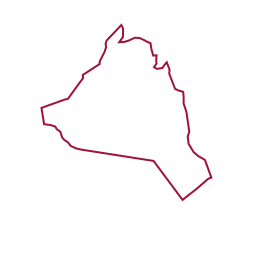 Santana do Seridó, Rio Grande do Norte, Brazil (Albers equal-area conic projection), rotated 327°
{"feature_id": "56859067B92813660171839", "entity_name": "Santana do Seridó", "entity_type": "district", "adm_level": 2, "iso_a3": "BRA", "parent_name": "Brazil", "parent_adm1": "Rio Grande do Norte", "projection": "albers", "projection_center": [-36.752, -6.743], "detail": "fine", "context": "isolated", "style": "outline", "palette": "rose", "viewbox_px": 256, "rotation_deg": 327, "n_neighbors": 0, "source": "geoboundaries", "source_scale": "gbopen_adm2", "svg_char_len": 930}
<svg xmlns="http://www.w3.org/2000/svg" viewBox="0 0 256 256"><g transform="rotate(327 128 128)"><path d="M175.1,196.8L174.0,194.3L171.6,189.7L169.9,184.0L170.2,174.3L173.4,167.7L177.4,164.5L185.8,146.2L188.0,137.7L191.3,132.7L194.0,127.7L190.9,124.2L188.8,120.8L189.6,117.0L192.2,104.8L194.6,101.8L196.3,94.0L192.8,95.0L189.5,96.4L184.6,94.3L182.9,91.2L187.1,89.4L188.3,86.9L191.5,82.6L188.6,81.0L190.3,75.4L193.1,68.9L191.2,66.7L189.9,63.9L186.8,58.9L182.9,56.0L176.3,55.1L172.1,53.9L167.4,51.3L173.4,48.9L178.1,41.8L178.5,38.0L157.7,43.0L155.3,44.9L153.5,48.4L149.8,51.4L140.6,56.7L139.0,58.9L119.0,58.9L117.4,61.8L112.5,63.5L93.3,70.9L90.6,69.7L66.4,64.0L59.7,79.1L64.6,83.3L67.8,87.2L67.6,90.2L69.2,94.2L67.6,100.1L68.1,103.4L69.8,107.2L70.3,112.1L73.5,117.0L77.4,121.0L116.2,155.8L131.5,169.5L134.6,218.0L142.7,217.2L151.5,216.5L167.6,214.3L170.9,215.0L175.1,196.8Z" fill="none" stroke="#9f1239" stroke-width="2"/></g></svg>